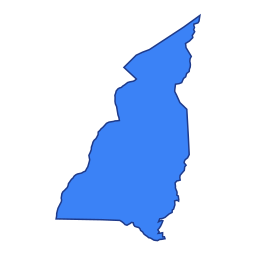 outline of Jaguaribara, Ceará, Brazil
{"feature_id": "56859067B84152218297204", "entity_name": "Jaguaribara", "entity_type": "district", "adm_level": 2, "iso_a3": "BRA", "parent_name": "Brazil", "parent_adm1": "Ceará", "projection": "orthographic", "projection_center": [-38.522, -5.579], "detail": "fine", "context": "isolated", "style": "filled", "palette": "blue", "viewbox_px": 256, "rotation_deg": 0, "n_neighbors": 0, "source": "geoboundaries", "source_scale": "gbopen_adm2", "svg_char_len": 2476}
<svg xmlns="http://www.w3.org/2000/svg" viewBox="0 0 256 256"><path d="M199.9,15.4L183.7,27.1L149.4,49.6L142.5,52.2L136.2,55.2L123.9,67.4L136.4,79.0L135.0,80.3L133.4,81.2L129.7,81.9L127.7,82.5L126.5,83.4L124.6,84.9L122.7,86.1L121.4,87.4L119.4,88.0L117.9,88.9L116.2,91.0L115.7,93.1L114.9,95.3L115.1,97.6L115.0,101.3L115.4,103.9L116.6,106.6L118.0,115.0L118.9,117.5L119.4,120.5L117.2,120.8L115.1,120.9L113.5,121.4L111.5,121.7L109.0,122.1L106.5,123.3L104.4,125.7L102.8,127.4L101.0,128.9L99.9,130.4L98.2,132.0L98.1,134.6L97.0,136.8L96.0,138.6L94.1,140.3L93.0,142.1L92.4,144.4L91.4,147.1L91.3,149.5L90.3,152.3L88.9,155.3L89.3,157.8L89.7,159.8L89.3,161.6L88.5,164.4L87.8,166.8L86.7,168.6L85.4,171.1L83.3,172.0L81.5,173.1L79.2,173.6L77.4,174.0L75.8,174.8L74.2,176.1L72.9,178.1L71.6,179.2L70.6,180.5L69.7,181.9L68.5,183.5L68.1,185.5L67.3,187.5L65.7,189.1L64.5,190.4L62.9,191.8L61.9,193.7L61.5,196.2L61.2,198.1L61.6,200.0L61.3,201.8L60.2,203.9L59.2,205.9L58.0,208.3L57.3,210.9L56.7,213.4L56.6,216.1L56.1,218.9L101.5,219.7L119.8,220.4L121.6,221.5L123.3,222.8L125.1,224.6L127.0,225.2L128.6,224.3L130.1,223.5L131.5,222.4L133.2,222.7L133.7,224.8L134.8,226.3L136.4,226.9L138.7,227.5L139.9,228.6L140.6,230.4L142.7,232.0L143.9,234.0L145.4,235.2L147.1,236.3L148.7,237.7L150.4,238.0L151.9,238.9L153.9,240.1L155.6,240.4L157.6,240.6L159.5,239.5L161.8,239.3L165.0,238.7L164.4,236.8L162.7,236.8L162.6,235.2L162.6,232.7L160.1,233.2L158.2,233.4L159.2,231.9L157.8,229.8L159.4,227.9L160.6,226.1L161.7,223.8L162.9,220.8L161.2,220.5L158.5,221.8L159.7,218.8L162.4,218.5L165.0,217.4L166.9,215.8L169.2,213.9L172.1,212.4L172.3,210.0L173.6,209.1L174.1,207.4L174.9,204.9L174.6,200.9L177.1,200.2L178.6,201.1L178.8,199.5L178.5,197.9L178.3,196.0L176.8,195.0L177.1,192.9L176.8,191.3L176.1,189.8L175.4,187.9L175.5,186.2L175.3,184.7L175.1,182.9L176.9,180.9L178.6,180.6L180.2,180.1L179.8,177.7L180.1,175.3L181.8,173.3L184.3,170.4L184.5,168.7L184.7,166.8L186.1,165.2L184.1,162.8L184.4,161.2L185.2,159.7L187.6,157.8L189.2,154.6L188.3,136.3L186.8,109.3L179.9,102.6L176.4,94.8L175.4,92.9L174.7,91.4L174.8,89.6L175.5,84.2L179.2,83.6L181.7,82.6L182.7,80.3L183.6,78.4L185.7,76.8L186.6,73.5L187.9,72.5L189.2,71.4L189.4,69.2L190.2,67.1L190.4,64.8L190.2,63.1L189.8,61.3L190.1,58.7L191.3,56.4L186.0,47.6L185.8,45.4L185.5,43.5L187.1,42.5L189.5,41.0L192.8,37.6L192.3,35.3L193.6,33.5L194.7,31.7L193.6,29.7L194.5,27.4L193.8,25.7L193.9,24.1L197.9,22.9L199.0,21.2L199.9,15.4Z" fill="#3b82f6" stroke="#1e3a8a" stroke-width="1.5"/></svg>